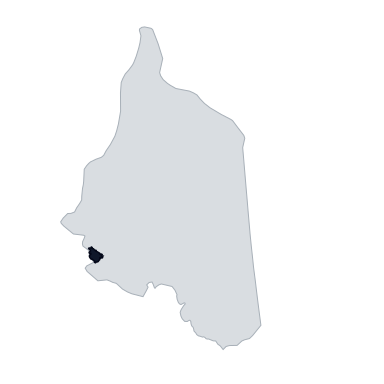 Jisr-Ash-Shugur, Idlib, Syria shown in context, rotated 299°
{"feature_id": "27442178B84192320308694", "entity_name": "Jisr-Ash-Shugur", "entity_type": "district", "adm_level": 2, "iso_a3": "SYR", "parent_name": "Syria", "parent_adm1": "Idlib", "projection": "equal_earth", "projection_center": [36.341, 35.883], "detail": "fine", "context": "in_parent", "style": "filled", "palette": "ink", "viewbox_px": 384, "rotation_deg": 299, "n_neighbors": 0, "source": "geoboundaries", "source_scale": "gbopen_adm2", "svg_char_len": 4276}
<svg xmlns="http://www.w3.org/2000/svg" viewBox="0 0 384 384"><g transform="rotate(299 192 192)"><path d="M73.6,135.5L76.4,135.8L82.4,139.8L83.4,139.6L85.2,134.5L87.0,132.7L90.7,131.2L91.8,122.9L93.5,121.3L95.6,120.4L98.8,120.2L101.6,119.7L101.7,118.3L97.8,108.7L98.2,106.2L100.0,96.6L101.2,92.8L102.3,91.6L106.8,92.0L112.9,93.7L114.6,96.5L117.6,99.0L122.2,98.8L127.4,99.3L131.5,99.4L134.7,97.7L142.1,94.5L145.7,93.4L149.0,92.0L159.7,86.7L163.9,87.1L166.9,87.8L169.1,88.6L174.2,92.2L178.4,95.9L181.3,97.0L186.5,96.9L194.1,97.6L203.4,97.5L208.8,96.5L215.7,94.7L228.0,90.4L244.0,81.4L253.5,77.0L257.6,76.5L262.9,76.4L268.3,77.6L274.4,78.4L277.2,78.3L283.8,77.4L292.2,75.6L297.5,74.1L303.9,71.6L307.9,67.6L309.2,67.1L310.9,67.9L311.6,68.2L313.4,70.5L315.2,76.4L315.3,77.1L315.0,78.8L310.9,83.7L305.3,90.4L301.3,94.6L294.5,101.7L289.4,103.2L280.7,105.8L278.4,108.3L276.3,112.3L275.1,117.8L274.8,121.3L274.7,127.7L276.9,134.4L279.0,140.8L279.4,145.1L279.3,149.3L277.4,153.8L275.5,159.9L274.4,166.9L274.0,179.9L274.3,191.0L274.1,192.9L270.6,200.7L266.6,209.9L264.6,212.1L255.4,214.8L245.3,221.6L234.1,229.1L223.8,236.0L213.1,243.2L201.9,250.7L193.9,256.1L183.2,263.3L173.4,270.1L163.5,277.1L155.9,282.4L144.5,290.8L137.7,295.7L127.8,302.9L119.1,309.3L108.8,316.9L95.8,314.6L91.7,313.3L88.3,309.7L85.8,307.8L79.7,305.8L75.8,299.1L73.4,296.7L69.3,295.6L71.1,291.3L71.4,288.4L73.2,285.0L72.1,282.7L71.5,277.8L70.8,276.7L70.5,275.4L71.1,273.8L70.9,272.2L70.2,271.6L69.8,269.1L69.3,267.4L69.6,265.2L70.5,263.8L71.4,261.1L72.5,260.3L74.2,258.6L74.7,256.8L76.2,255.1L78.3,253.6L78.8,252.5L78.5,251.8L76.4,250.6L75.3,248.3L76.3,245.1L77.0,244.0L78.2,242.4L81.0,240.0L83.2,239.6L85.1,239.6L88.3,239.8L90.8,240.3L91.4,239.7L91.3,238.9L88.2,236.9L88.1,235.3L88.8,233.6L91.0,231.0L93.6,229.0L94.9,228.7L97.8,224.8L99.7,220.4L96.7,209.8L94.8,208.1L91.8,206.6L90.0,206.4L89.9,205.7L92.3,203.0L93.9,200.7L92.1,198.4L88.8,197.4L87.5,199.7L83.3,199.9L76.7,199.9L73.8,188.7L73.3,183.9L73.4,178.3L75.4,170.1L74.5,166.3L74.4,163.7L73.9,160.2L68.7,152.7L71.6,138.9L73.6,135.5Z" fill="#d9dde1" stroke="#a8b0b8" stroke-width="1"/><path d="M92.5,145.2L92.4,145.1L92.5,144.7L92.4,144.3L92.3,144.1L92.4,143.9L92.4,143.7L92.5,143.7L93.0,143.8L93.1,143.7L93.3,143.9L93.6,143.8L93.7,143.6L93.8,143.6L93.8,143.4L93.8,143.1L93.8,142.9L93.7,142.6L93.3,142.6L93.2,142.6L93.1,142.1L93.1,141.5L93.1,141.3L93.4,141.3L93.5,141.2L93.7,140.9L93.7,140.6L93.7,140.3L93.8,140.1L93.8,139.9L93.7,139.7L93.7,139.4L93.8,139.2L93.8,138.5L93.8,138.4L93.8,138.2L93.8,137.9L93.8,137.7L93.8,137.4L93.8,137.2L93.7,137.1L93.7,136.8L93.9,136.7L94.4,136.5L94.3,136.1L94.3,135.9L94.0,135.7L94.1,135.1L94.1,134.6L94.2,134.3L94.3,134.0L94.4,133.7L94.6,133.5L94.6,133.3L94.5,133.0L94.4,132.8L94.4,132.6L94.5,132.3L94.5,132.1L94.6,131.9L94.9,131.8L95.0,131.7L95.0,131.4L95.1,131.1L95.2,130.9L95.1,130.7L94.9,130.8L94.7,130.8L94.4,130.8L94.0,130.8L94.0,130.7L93.8,130.4L93.8,130.2L93.7,130.0L93.5,129.9L93.3,129.8L93.2,129.6L93.2,129.3L93.0,129.1L92.7,128.9L92.5,129.0L92.4,129.4L92.1,129.8L92.0,130.0L92.0,130.3L92.0,130.9L91.9,131.3L91.7,131.5L91.1,131.8L90.8,131.8L90.6,131.7L90.3,131.6L89.6,131.2L89.4,131.3L89.0,131.5L88.9,131.7L88.8,131.8L88.7,132.4L89.0,132.9L89.0,133.0L89.2,133.3L89.0,133.5L88.9,133.5L88.5,133.7L88.4,133.6L88.2,133.6L87.9,133.5L87.5,133.3L87.4,133.2L87.2,133.2L86.9,133.2L86.7,133.2L86.2,133.3L85.9,133.6L85.6,133.8L85.4,134.1L85.3,134.3L85.1,134.6L85.0,134.8L84.7,135.4L84.7,135.5L84.4,136.3L84.5,136.4L84.7,137.0L84.8,137.1L84.7,137.3L84.7,137.6L84.6,138.3L84.6,139.0L84.5,139.6L84.4,139.8L84.3,140.1L84.0,140.6L83.9,140.5L83.7,140.4L83.3,140.7L83.2,141.2L83.2,141.4L83.2,141.6L83.2,141.8L83.3,141.9L83.7,142.1L83.8,142.1L84.0,142.1L84.5,142.4L84.7,142.6L84.8,142.6L85.1,143.0L85.1,143.3L85.4,143.5L85.9,143.7L86.0,143.7L86.3,143.7L87.3,143.8L87.5,143.9L87.8,144.0L88.1,144.1L88.3,144.0L88.4,143.9L88.5,143.8L88.7,143.7L88.8,143.7L88.9,143.8L89.0,143.8L89.4,144.0L89.5,144.0L89.5,143.8L89.5,143.7L89.5,143.4L89.7,143.2L89.8,143.2L90.0,143.3L90.2,143.5L90.4,143.8L90.5,144.0L90.7,144.3L90.7,144.5L90.5,144.9L90.5,145.0L90.6,145.3L90.8,145.3L91.0,145.3L91.2,145.2L91.3,145.2L91.4,145.3L91.5,145.5L91.8,145.4L91.9,145.2L92.0,145.0L92.3,145.2L92.5,145.2Z" fill="#0f172a" stroke="#020617" stroke-width="1.5"/></g></svg>